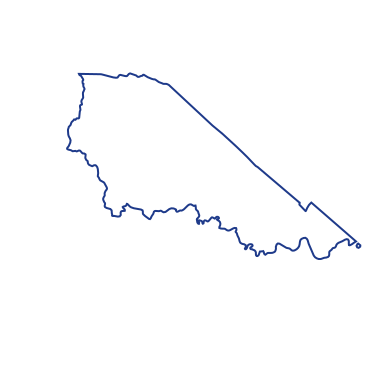 SVG path tracing the border of Kentucky, rotated 221°
{"feature_id": "USA-3548", "entity_name": "Kentucky", "entity_type": "State", "adm_level": 1, "iso_a3": "USA", "parent_name": "United States of America", "parent_adm1": "", "projection": "natural_earth1", "projection_center": [-85.417, 37.822], "detail": "fine", "context": "isolated", "style": "outline", "palette": "blue", "viewbox_px": 384, "rotation_deg": 221, "n_neighbors": 0, "source": "natural_earth", "source_scale": "10m", "svg_char_len": 6034}
<svg xmlns="http://www.w3.org/2000/svg" viewBox="0 0 384 384"><g transform="rotate(221 192 192)"><path d="M43.1,258.5L44.3,257.9L45.2,256.5L46.3,253.4L48.1,249.7L48.4,248.3L48.4,247.1L47.7,245.3L47.6,244.2L47.8,243.5L48.8,242.2L48.9,241.6L48.8,239.9L49.2,237.6L49.0,236.7L47.5,235.0L46.7,233.7L46.7,232.3L47.6,230.7L49.1,229.0L50.6,226.3L51.0,225.8L52.5,224.5L54.3,223.8L56.3,223.5L58.4,223.9L70.0,229.5L73.1,231.5L74.8,232.0L76.4,231.8L77.6,230.5L78.6,228.4L78.6,226.7L77.8,225.1L76.5,223.2L75.6,221.4L75.3,219.5L75.5,217.4L76.3,215.2L76.8,214.5L77.4,213.9L78.1,213.5L79.0,213.4L80.9,213.4L81.6,213.2L84.1,211.8L92.0,210.4L93.4,209.5L93.7,208.0L92.8,205.7L91.3,204.1L90.6,202.6L90.3,201.6L90.6,200.4L91.2,199.2L91.7,198.5L94.1,196.4L94.8,195.7L95.2,194.5L95.3,193.5L95.5,192.8L96.4,192.6L97.2,192.9L98.7,193.9L99.5,194.1L99.7,193.7L101.7,191.6L100.4,188.4L100.3,187.7L100.6,186.6L101.3,186.1L102.2,186.3L103.0,187.0L103.7,187.8L104.3,188.4L105.1,188.8L106.1,189.0L106.9,188.9L108.6,188.3L109.0,188.3L109.4,187.9L110.1,187.5L110.8,187.5L111.3,187.9L111.4,188.6L110.9,190.3L111.0,191.2L112.0,191.8L113.3,191.3L114.4,190.1L114.8,188.7L114.6,187.6L113.9,186.0L113.7,184.8L113.8,184.2L114.2,183.8L114.6,183.8L114.9,183.9L115.1,184.3L115.1,185.2L115.2,185.7L116.7,187.1L118.3,186.8L120.1,185.8L121.9,185.4L122.8,185.6L123.8,186.1L124.7,186.7L125.5,187.3L126.3,187.8L129.2,189.0L130.7,190.0L131.1,190.2L131.7,190.4L132.5,190.4L133.0,190.6L133.2,191.1L133.3,191.7L133.5,192.3L134.1,193.1L135.0,193.7L136.3,192.8L137.0,191.6L138.2,188.3L138.7,187.4L139.2,186.8L139.8,186.4L140.6,186.1L143.0,185.8L143.6,185.5L144.6,184.6L146.2,183.4L147.8,182.8L148.5,183.7L148.8,185.1L149.7,186.6L151.0,187.6L152.5,187.9L154.4,187.5L155.2,187.7L154.7,188.8L154.4,189.7L155.0,190.3L156.0,190.3L156.9,189.7L157.3,188.6L157.3,187.6L157.5,186.8L159.8,186.3L160.4,185.8L160.5,185.0L160.4,181.5L160.6,180.4L161.1,179.9L162.1,179.8L163.0,179.5L163.8,178.9L163.9,177.7L163.7,177.1L162.9,176.3L162.8,175.7L163.0,175.2L163.5,175.3L164.0,175.5L164.4,176.2L165.0,176.4L166.0,176.3L167.8,175.5L168.5,174.7L168.2,174.3L167.3,174.0L166.4,173.5L165.9,172.5L166.4,172.2L167.3,172.3L168.1,172.6L170.3,174.4L170.6,175.0L170.5,177.2L170.6,178.0L170.9,178.8L171.6,179.4L173.3,180.3L174.0,180.8L174.8,181.3L177.0,181.4L177.9,181.7L179.6,183.4L180.5,184.1L180.9,183.7L181.3,182.8L182.3,182.5L184.4,182.1L184.9,181.8L185.3,181.4L185.6,181.0L185.9,180.5L186.3,179.1L186.7,174.1L186.9,173.0L187.3,171.8L187.9,170.9L188.6,170.5L189.0,170.0L189.9,167.8L190.5,167.2L191.0,167.2L192.0,167.5L192.3,167.7L192.5,168.2L193.0,168.2L194.6,167.7L195.4,167.3L196.9,166.1L197.9,164.3L198.9,159.6L200.1,158.1L201.0,157.8L202.8,157.6L203.5,157.2L204.1,156.2L204.7,155.6L207.0,153.9L207.6,153.2L207.8,152.2L206.9,150.1L206.5,146.8L206.2,146.1L205.9,145.0L205.9,144.0L206.7,143.5L211.6,143.1L214.3,143.2L215.0,143.6L216.5,145.2L217.3,145.7L219.0,145.3L225.2,141.6L227.9,140.5L229.4,140.3L232.9,140.6L233.4,140.3L232.8,138.6L233.1,137.6L233.7,136.8L234.3,135.9L234.4,135.2L233.4,134.8L231.6,134.7L230.9,134.4L230.4,133.7L230.8,133.2L232.3,131.8L232.7,130.8L232.5,129.9L231.9,129.1L230.7,127.9L230.6,126.2L231.8,124.8L235.0,122.9L235.7,122.2L236.1,121.9L236.6,121.7L237.0,121.9L237.5,122.7L238.4,123.2L240.6,125.4L242.4,125.6L246.0,123.9L247.8,123.6L248.7,124.1L249.3,125.1L249.8,126.0L250.3,126.5L251.1,126.6L252.1,127.0L253.9,127.9L254.6,128.6L255.0,129.5L255.3,130.5L255.4,131.4L255.6,132.1L257.1,133.7L257.5,134.6L257.8,135.6L258.0,136.6L258.0,137.9L258.4,138.8L259.3,139.5L264.1,141.3L265.0,141.4L268.8,140.6L269.8,140.8L271.5,141.6L273.4,142.1L274.0,142.9L274.6,143.8L275.2,144.7L278.1,147.5L279.8,148.6L281.7,149.0L282.5,148.8L283.3,148.1L283.8,147.3L284.0,146.3L284.5,145.9L287.4,145.0L288.4,145.1L289.3,145.4L290.1,146.0L290.8,146.7L291.2,146.9L292.7,146.8L293.3,147.0L294.5,147.5L295.0,147.9L295.3,148.3L296.4,149.9L296.9,150.5L297.2,150.6L298.7,150.3L299.3,149.8L299.9,149.4L300.9,149.4L302.8,149.7L303.7,149.7L304.5,149.2L304.8,148.7L305.3,147.6L305.5,147.2L305.8,146.9L307.0,146.5L308.8,144.5L309.7,144.3L310.8,144.1L313.3,142.8L314.4,142.6L314.9,143.0L315.1,143.8L315.1,144.8L315.2,145.9L316.3,149.4L317.6,151.4L319.4,152.4L321.4,153.1L323.0,154.1L326.1,157.2L326.6,157.9L327.3,159.6L327.7,160.3L327.6,162.9L328.5,165.0L328.7,166.1L328.5,168.0L328.6,169.4L328.4,169.6L327.5,169.9L327.4,170.0L327.3,170.5L327.4,171.4L327.3,171.9L326.8,172.4L325.9,173.1L325.8,173.4L325.8,173.9L326.1,174.4L329.3,178.9L329.6,179.4L330.0,180.6L330.3,181.0L332.6,183.0L333.0,183.5L333.2,183.9L333.2,184.4L332.5,185.6L332.5,185.9L332.8,186.2L334.5,187.4L335.0,187.9L335.5,188.9L335.8,190.9L336.0,191.7L336.1,191.9L338.8,194.6L339.4,195.4L339.7,195.9L339.7,196.5L340.4,198.3L340.6,199.1L340.8,199.3L341.2,199.6L342.8,200.2L343.5,200.6L343.9,201.0L344.8,202.3L345.2,202.1L345.5,202.1L346.9,203.3L347.2,203.7L347.5,204.2L347.5,204.5L347.5,205.0L347.8,205.4L348.3,205.7L351.7,206.8L352.3,206.8L353.5,206.5L354.0,206.6L354.8,207.0L338.4,220.8L337.4,221.5L326.5,226.9L324.4,228.3L323.6,229.1L323.3,229.6L323.3,229.9L323.4,230.8L323.5,232.0L323.4,232.6L323.1,233.1L323.0,233.3L322.5,233.6L318.8,235.5L317.7,236.2L317.3,236.7L317.1,237.1L317.1,238.8L317.1,239.6L316.8,240.4L316.5,240.9L315.8,241.2L310.6,243.3L308.8,243.3L308.2,243.5L307.4,244.4L306.6,246.1L305.7,247.3L305.8,248.3L305.7,248.5L305.1,248.9L300.7,249.6L296.3,251.1L294.6,252.0L294.1,252.5L293.3,252.8L289.2,253.2L285.4,254.6L285.1,254.6L284.3,255.0L282.4,256.7L281.3,257.2L279.7,257.6L220.2,255.6L207.1,255.9L188.2,255.4L179.7,255.0L173.2,254.6L162.7,253.6L160.8,253.5L158.9,253.9L104.0,254.5L103.8,254.6L103.5,254.4L103.1,253.4L102.8,253.1L102.5,252.9L94.0,252.1L93.8,252.1L93.7,252.2L93.7,252.5L93.8,253.0L94.6,255.5L95.1,258.3L95.2,259.1L95.1,261.0L95.0,262.3L35.8,262.3L36.0,261.6L36.7,259.2L36.8,258.3L37.5,256.3L37.9,255.4L38.2,255.1L38.7,254.9L39.7,255.8L40.7,257.0L41.8,258.1L43.1,258.5ZM32.8,262.1L30.0,262.2L29.6,261.7L29.2,261.1L29.6,259.2L31.0,258.6L32.5,259.3L33.0,261.4L32.8,262.1Z" fill="none" stroke="#1e3a8a" stroke-width="2"/></g></svg>